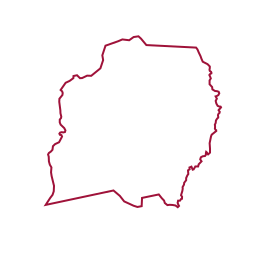 outline of Bakouma, Mbomou, Central African Republic, rotated 348°
{"feature_id": "33826404B59000496677715", "entity_name": "Bakouma", "entity_type": "district", "adm_level": 2, "iso_a3": "CAF", "parent_name": "Central African Republic", "parent_adm1": "Mbomou", "projection": "mercator", "projection_center": [22.809, 5.544], "detail": "fine", "context": "isolated", "style": "outline", "palette": "rose", "viewbox_px": 256, "rotation_deg": 348, "n_neighbors": 0, "source": "geoboundaries", "source_scale": "gbopen_adm2", "svg_char_len": 2240}
<svg xmlns="http://www.w3.org/2000/svg" viewBox="0 0 256 256"><g transform="rotate(348 128 128)"><path d="M211.3,63.5L163.2,50.7L159.3,43.3L157.3,40.5L152.4,40.2L147.4,42.4L140.9,40.2L136.3,41.1L123.1,42.8L118.0,51.6L117.8,56.4L113.4,63.9L102.9,69.3L98.9,68.3L93.5,69.6L91.4,69.3L89.1,65.8L85.5,65.8L84.9,67.9L80.7,69.8L76.4,70.8L70.0,76.8L71.2,78.5L71.4,80.2L70.7,82.1L67.0,85.1L66.2,88.1L65.5,96.7L65.0,99.5L65.1,103.0L64.6,104.3L63.0,105.6L62.4,108.3L62.8,110.7L65.6,114.8L66.3,117.3L65.5,118.8L63.9,118.9L62.2,118.3L60.6,118.4L59.7,119.3L60.0,120.5L61.4,121.1L61.7,122.7L57.6,127.6L53.3,128.6L50.8,130.2L49.6,133.6L47.7,135.0L45.4,136.0L44.3,137.3L44.5,139.6L43.7,144.2L43.9,147.6L44.9,150.6L43.5,155.4L43.3,159.1L43.6,169.2L42.2,174.5L40.3,177.7L37.4,180.2L31.5,186.1L100.8,186.1L105.9,192.7L109.0,199.0L117.3,205.2L120.8,207.2L125.1,207.3L127.2,199.3L144.3,199.4L146.5,203.8L148.2,206.5L148.4,209.0L150.5,211.6L152.9,211.8L155.7,212.6L158.4,213.7L160.2,215.8L161.7,214.8L161.2,213.2L161.0,211.5L161.9,209.5L163.7,209.9L165.3,208.4L166.1,208.4L166.6,206.4L165.9,204.8L168.0,201.0L168.9,198.8L169.1,197.2L171.0,195.0L171.6,193.2L174.0,191.2L174.5,189.0L176.2,186.7L177.4,185.6L177.9,181.9L179.7,181.2L179.9,179.4L182.0,179.0L182.6,182.2L183.6,182.1L185.9,179.6L188.6,180.2L189.6,178.2L191.8,176.7L193.0,175.9L192.1,173.7L193.2,171.8L195.2,171.2L197.5,171.4L198.5,170.5L199.1,168.4L199.5,167.6L200.1,168.4L200.3,169.8L200.8,170.5L202.4,169.6L203.1,169.1L203.9,165.4L204.7,159.8L207.5,153.4L208.5,151.9L213.7,149.3L213.8,148.5L213.1,147.7L212.9,146.5L213.3,145.5L213.6,143.9L213.6,142.9L214.8,141.3L215.6,138.9L217.3,137.2L218.4,136.6L218.6,135.8L218.6,134.5L218.9,133.7L219.7,132.7L220.7,132.2L221.1,131.2L220.7,130.4L220.3,129.4L220.7,128.9L222.1,128.2L223.3,127.1L223.0,126.4L222.6,126.5L220.3,125.0L219.5,122.4L219.4,119.7L221.0,117.8L220.3,115.3L221.4,115.2L223.2,114.6L224.5,113.0L224.2,111.4L222.7,110.5L220.8,109.9L218.6,107.8L218.8,105.4L216.9,102.2L217.4,99.8L217.7,98.4L219.3,96.7L218.9,94.3L218.6,93.1L219.8,92.1L220.9,91.9L221.1,91.2L220.9,90.3L219.9,89.2L219.8,88.0L220.5,86.3L220.8,84.8L219.1,82.1L214.9,78.7L214.2,75.3L213.9,72.9L212.9,68.8L212.3,65.6L211.3,63.5Z" fill="none" stroke="#9f1239" stroke-width="2"/></g></svg>